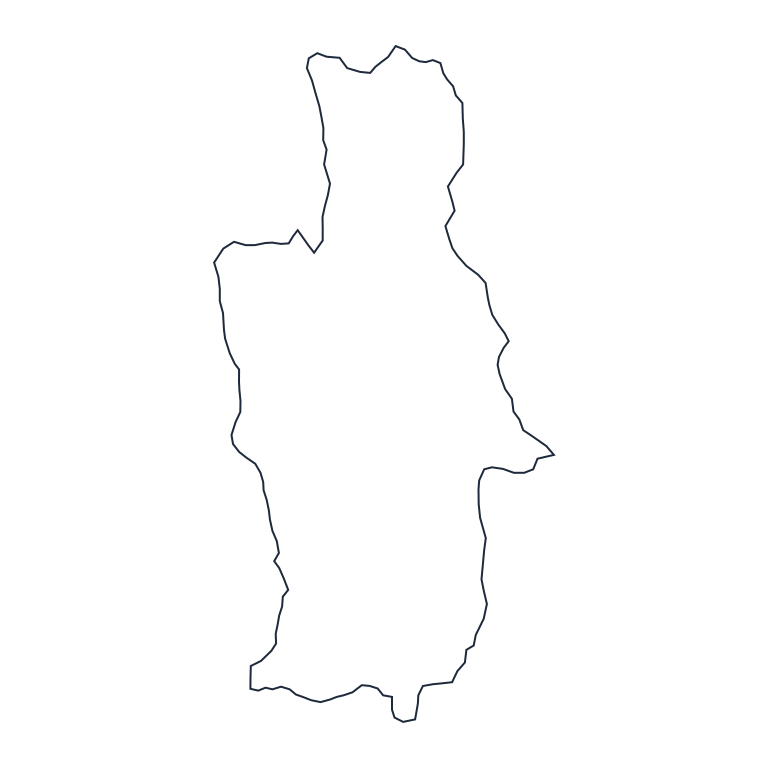 Bernardino de Campos, São Paulo, Brazil
{"feature_id": "56859067B18982964690410", "entity_name": "Bernardino de Campos", "entity_type": "district", "adm_level": 2, "iso_a3": "BRA", "parent_name": "Brazil", "parent_adm1": "São Paulo", "projection": "natural_earth1", "projection_center": [-49.494, -23.025], "detail": "fine", "context": "isolated", "style": "outline", "palette": "slate", "viewbox_px": 768, "rotation_deg": 0, "n_neighbors": 0, "source": "geoboundaries", "source_scale": "gbopen_adm2", "svg_char_len": 2250}
<svg xmlns="http://www.w3.org/2000/svg" viewBox="0 0 768 768"><path d="M447.2,79.5L443.3,73.2L440.4,63.1L432.9,60.1L425.8,62.1L419.3,61.3L412.2,58.0L404.9,49.6L395.6,46.1L388.1,57.0L381.7,61.8L375.4,66.8L370.2,72.9L360.0,71.9L347.2,68.1L339.6,57.8L326.5,56.7L317.3,53.2L308.8,58.3L306.9,68.1L312.0,80.5L315.5,93.1L319.3,106.0L321.1,115.2L323.4,128.0L323.2,140.2L326.6,149.6L324.1,164.5L330.0,183.6L327.9,195.0L325.0,205.7L322.5,217.1L322.7,227.7L322.7,240.5L314.1,252.7L308.0,244.8L297.7,230.2L293.1,236.2L288.7,243.4L280.9,243.9L272.1,242.6L265.4,243.0L255.0,245.1L245.5,245.1L234.0,241.8L223.3,248.6L214.1,262.6L218.4,276.7L219.8,288.9L219.8,301.2L223.0,313.1L224.0,330.1L225.1,338.6L229.7,353.1L234.7,363.7L239.1,369.5L239.0,381.6L239.4,390.0L240.5,401.0L240.3,412.0L235.5,422.3L231.5,435.0L233.0,444.0L239.1,451.9L246.2,457.5L255.3,463.8L260.5,472.8L263.2,482.0L263.6,490.3L266.7,499.9L268.9,510.6L269.9,519.4L272.4,530.8L276.8,541.1L278.9,553.0L274.2,561.1L279.3,568.2L283.9,578.8L288.2,589.9L282.8,596.7L282.1,606.6L279.2,615.5L277.5,625.3L275.7,633.7L276.1,643.5L271.4,650.8L261.0,660.9L250.8,666.0L250.5,678.2L250.4,688.8L258.3,690.6L265.5,687.7L272.5,689.3L281.0,686.7L289.6,689.3L295.9,694.5L302.7,696.9L311.2,700.2L320.5,702.1L329.8,699.6L336.8,696.9L343.6,695.3L352.5,692.3L361.8,685.2L369.5,685.9L377.7,688.5L383.1,695.3L392.0,696.9L392.0,709.7L394.5,717.5L403.1,721.9L415.1,719.4L416.5,711.5L417.9,703.4L418.3,695.3L422.9,686.0L433.1,684.2L441.4,683.4L452.1,682.2L457.4,671.1L464.9,662.5L466.4,649.8L473.7,645.5L475.8,634.9L483.7,618.8L486.9,604.0L483.7,590.4L481.5,579.3L483.3,559.8L484.1,550.8L485.8,538.1L480.1,517.8L478.7,504.2L478.5,489.3L479.2,480.4L484.2,469.3L491.9,467.3L503.0,468.9L513.9,472.8L524.2,472.8L533.2,469.3L537.5,458.7L553.9,454.9L546.4,446.1L531.1,435.4L523.2,430.2L519.4,419.6L513.5,411.5L511.9,398.8L505.1,389.0L499.7,374.3L497.6,364.9L499.0,356.9L503.7,347.8L508.7,341.2L504.8,333.4L498.4,324.7L492.3,314.9L489.4,305.2L487.8,297.4L485.6,283.0L478.3,274.9L466.4,265.9L457.4,255.7L452.4,248.2L449.2,238.8L445.4,226.1L454.6,210.7L452.4,201.8L447.9,186.5L456.7,172.6L463.1,164.5L463.8,144.0L463.8,131.8L462.8,118.5L462.4,103.0L455.8,95.4L453.1,86.3L447.2,79.5Z" fill="none" stroke="#1e293b" stroke-width="2"/></svg>